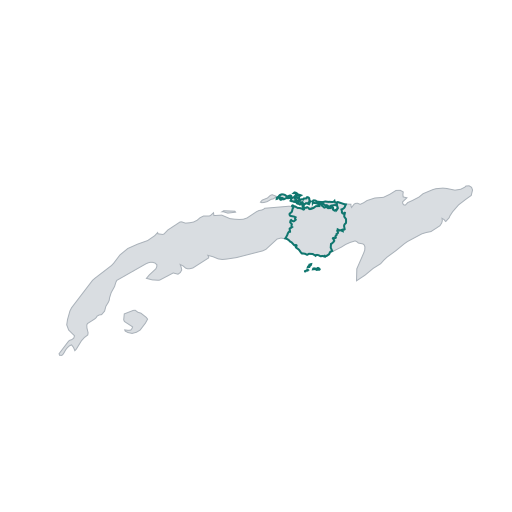 where Camagüey sits in Cuba, rotated 328°
{"feature_id": "CUB-1364", "entity_name": "Camagüey", "entity_type": "Province", "adm_level": 1, "iso_a3": "CUB", "parent_name": "Cuba", "parent_adm1": "", "projection": "orthographic", "projection_center": [-77.855, 21.478], "detail": "fine", "context": "in_parent", "style": "outline", "palette": "teal", "viewbox_px": 512, "rotation_deg": 328, "n_neighbors": 0, "source": "natural_earth", "source_scale": "10m", "svg_char_len": 9772}
<svg xmlns="http://www.w3.org/2000/svg" viewBox="0 0 512 512"><g transform="rotate(328 256 256)"><path d="M161.9,183.2L172.3,185.5L180.9,185.1L185.0,184.0L184.6,185.2L188.3,188.3L189.6,188.6L195.2,187.2L209.6,186.9L211.1,187.7L213.5,190.7L217.2,192.6L221.0,194.1L225.0,194.5L228.9,193.9L232.7,194.3L237.3,197.2L238.7,197.6L242.9,196.8L241.7,199.4L248.6,203.2L253.7,210.5L257.4,213.5L261.4,216.3L264.7,218.1L268.5,219.0L279.9,218.7L282.6,219.0L285.0,220.0L287.3,220.4L288.6,220.1L310.6,231.4L317.6,237.5L321.9,240.6L331.2,245.1L334.9,246.1L336.9,245.5L336.5,244.5L333.8,242.0L333.4,241.1L336.9,241.9L343.2,246.9L345.0,248.8L348.1,250.6L351.3,251.8L349.8,253.8L347.2,254.0L342.2,253.2L346.2,256.5L346.9,258.8L348.7,259.0L351.4,256.4L353.2,254.2L360.2,259.9L363.9,262.4L363.0,264.0L362.7,265.5L366.8,264.0L368.4,264.2L370.0,265.0L371.7,267.4L375.6,267.9L379.5,267.8L387.5,269.8L395.2,273.8L402.3,274.6L409.5,274.6L413.2,276.8L414.8,279.7L413.1,281.8L412.1,283.9L414.8,286.6L409.0,287.8L408.2,289.4L408.5,291.1L409.7,292.0L413.0,291.1L417.9,291.8L425.5,292.4L430.7,291.7L441.1,293.4L444.3,294.3L450.5,297.5L453.4,299.7L459.6,305.6L465.0,307.9L469.6,308.3L471.1,307.9L473.9,309.4L475.2,312.0L474.6,314.8L470.6,318.7L464.1,319.1L454.9,320.0L446.1,322.7L441.8,324.7L439.9,326.0L435.2,327.3L434.9,326.3L434.9,325.0L433.7,322.6L432.7,324.8L431.0,326.4L428.0,327.8L417.3,328.0L412.9,326.3L408.5,325.1L392.2,324.0L388.3,324.2L377.5,325.6L366.6,326.4L362.1,327.3L357.6,328.6L348.8,328.6L338.5,330.0L328.1,330.3L334.7,320.3L348.7,310.7L351.3,308.7L353.2,306.0L353.6,304.0L353.0,302.3L349.7,299.3L349.0,297.1L348.0,295.7L343.1,294.4L338.2,293.7L333.1,293.7L322.2,292.7L316.5,292.6L311.6,290.5L303.5,283.3L299.7,281.2L297.8,279.6L296.3,277.7L294.4,267.0L292.9,261.9L290.4,257.4L286.7,254.0L282.9,252.8L267.9,255.6L264.4,255.2L261.0,254.1L238.6,247.0L229.4,243.0L225.6,241.1L222.4,238.4L219.2,233.9L215.5,229.9L215.5,231.5L214.9,232.5L196.1,232.7L193.1,231.7L191.2,230.6L189.9,229.0L188.9,225.8L187.2,223.0L186.6,225.9L185.6,228.5L183.0,229.9L180.2,230.1L176.8,226.5L161.6,225.4L160.3,224.8L155.4,221.3L151.2,216.9L155.5,215.5L164.3,213.8L166.2,212.5L167.3,210.9L166.6,208.4L164.9,206.5L163.2,205.4L161.2,204.7L158.6,204.3L125.0,202.9L123.0,204.2L119.9,206.9L113.8,210.3L109.7,213.8L108.1,215.7L106.2,217.0L102.0,219.1L98.4,222.5L94.0,223.9L91.7,222.9L89.4,222.8L87.7,223.6L85.9,223.9L77.2,224.0L75.9,224.9L74.5,227.4L72.9,232.2L71.5,233.8L67.2,234.2L63.0,235.4L54.4,239.7L52.2,240.3L52.8,236.9L52.5,233.6L50.1,233.3L47.4,233.8L45.1,234.6L40.8,236.9L38.7,237.4L36.8,236.1L37.2,234.5L51.4,229.1L53.0,228.7L55.5,229.3L57.9,229.1L59.8,227.5L57.9,219.5L59.0,214.1L62.4,210.1L69.1,204.0L72.3,202.1L104.5,190.0L107.7,189.5L128.4,187.5L131.5,186.7L141.2,183.0L151.3,181.7L161.9,183.2ZM130.6,252.1L126.7,254.3L118.5,257.4L114.2,257.3L109.9,256.0L106.9,253.1L105.3,250.4L105.5,249.1L108.2,251.3L110.5,252.5L112.4,251.8L113.8,250.7L109.7,241.8L110.0,240.0L113.6,235.3L123.1,237.1L124.8,238.0L126.0,241.1L128.1,243.5L130.4,249.9L130.6,252.1ZM290.9,211.9L296.5,212.9L300.3,212.2L302.2,212.6L304.9,216.2L302.5,216.7L300.6,216.7L299.2,216.0L294.2,215.8L291.0,214.8L289.1,213.8L288.3,212.7L290.9,211.9ZM329.9,238.3L328.2,239.7L326.4,237.7L323.6,236.8L320.5,234.6L319.7,232.4L322.3,232.2L325.6,232.6L331.3,233.9L330.8,236.4L329.9,238.3ZM315.3,223.7L314.5,224.5L312.3,222.8L309.1,222.1L307.3,219.6L305.5,218.6L305.3,217.6L308.3,217.0L310.3,217.3L312.6,219.2L313.9,222.8L315.3,223.7ZM321.3,230.6L320.0,230.8L315.9,228.9L314.7,227.4L316.2,225.4L316.5,223.1L317.0,223.0L317.7,225.7L320.7,226.8L320.9,227.4L322.8,229.7L321.3,230.6ZM261.8,206.8L261.9,208.0L254.8,204.7L251.9,201.3L250.6,200.5L252.6,200.5L261.8,206.8Z" fill="#d9dde1" stroke="#a8b0b8" stroke-width="1"/><path d="M313.1,232.6L313.8,232.4L314.2,232.8L314.7,234.0L315.7,235.0L316.0,235.8L316.7,237.1L317.0,237.6L317.5,237.7L318.0,238.1L319.9,240.0L320.7,241.6L321.0,241.9L321.5,241.9L321.7,241.4L321.9,238.2L322.1,237.7L322.6,237.5L324.3,237.7L323.9,238.2L322.6,238.4L322.4,238.8L322.6,240.2L322.8,240.6L323.7,241.5L324.0,241.7L325.0,241.6L325.5,241.9L325.8,242.6L326.1,244.4L326.5,244.8L328.4,245.5L329.0,245.2L330.1,245.8L332.5,245.5L333.3,245.5L335.8,247.0L335.8,246.4L336.1,246.1L337.1,245.8L337.2,246.3L337.5,246.5L337.8,246.5L338.3,246.4L338.0,245.8L338.6,246.0L340.0,247.3L339.4,247.4L339.0,247.2L338.7,247.2L338.6,247.9L338.7,248.7L339.3,250.1L339.4,250.8L339.6,251.2L341.4,251.6L342.6,252.1L343.0,252.1L343.5,251.5L343.2,250.8L342.8,250.3L341.7,249.8L341.3,249.2L340.8,247.9L340.6,246.9L340.4,246.6L339.1,246.0L338.9,244.9L338.4,244.6L337.7,244.9L337.1,244.3L336.6,244.8L336.0,244.5L334.9,243.1L333.4,241.8L333.0,241.1L332.7,241.0L332.1,241.3L332.5,240.6L333.1,239.8L333.8,239.3L334.5,239.4L335.9,240.6L336.5,242.3L340.8,245.4L341.6,245.8L343.7,246.5L346.2,248.6L346.8,248.8L349.2,250.6L349.8,250.9L350.4,251.1L351.0,251.1L351.7,250.9L351.4,251.7L351.6,252.2L352.3,253.0L352.1,253.9L351.2,254.9L350.9,255.7L349.6,254.5L347.0,253.3L346.3,253.1L345.6,253.0L345.2,253.6L343.6,252.7L342.7,252.8L342.3,253.2L342.5,253.7L343.4,254.1L344.4,254.8L344.8,254.9L346.0,254.8L346.8,255.2L347.0,255.9L346.7,256.6L346.0,257.0L345.9,257.3L346.1,258.1L346.7,259.2L347.1,259.2L348.1,259.1L348.7,259.2L348.4,259.9L348.8,259.8L350.2,259.0L350.6,259.0L351.0,258.3L351.5,256.0L352.5,254.0L352.8,253.6L353.6,253.4L354.3,253.9L358.7,259.3L359.5,259.9L359.0,260.3L358.4,260.6L357.2,261.5L356.7,261.8L355.6,262.0L354.9,262.1L353.1,261.8L352.5,263.8L352.1,264.2L351.9,264.7L351.9,265.2L352.1,265.9L352.4,266.3L354.0,266.2L354.2,266.3L354.3,266.5L352.0,268.8L351.7,269.6L351.9,272.4L350.4,274.9L349.7,275.7L348.2,276.0L347.1,276.6L346.5,277.4L345.4,280.3L345.0,280.4L344.7,280.3L343.7,279.6L343.1,280.0L342.7,280.9L342.2,280.2L342.5,279.4L342.4,279.2L340.5,278.8L340.3,278.6L340.2,278.0L339.4,276.7L339.0,277.2L338.4,277.5L338.2,277.7L338.3,278.6L337.9,279.6L337.7,279.9L336.4,280.1L335.8,280.1L335.5,280.9L334.1,281.2L333.7,281.4L333.5,282.0L333.5,282.6L333.3,282.8L332.1,282.7L331.3,281.7L330.8,281.6L330.5,281.8L330.6,282.8L330.4,284.1L330.4,284.6L329.4,285.1L326.9,285.6L326.0,285.5L323.8,288.5L323.3,292.1L321.4,291.8L320.5,292.1L319.4,293.0L318.7,293.3L316.1,293.4L314.7,293.1L314.2,292.1L313.9,292.1L313.7,292.7L312.3,291.1L311.8,290.9L311.0,290.7L310.5,290.3L309.7,288.8L308.6,287.6L307.7,287.1L307.1,287.1L306.6,287.4L306.5,287.2L306.4,286.4L305.6,285.4L305.2,284.4L302.3,282.3L301.8,282.1L300.3,282.2L299.8,281.9L298.8,280.1L296.8,278.4L296.4,278.4L296.1,277.9L295.9,276.4L295.8,273.6L295.4,272.4L294.8,271.1L294.4,269.9L294.7,268.6L295.0,269.1L295.5,269.1L295.9,268.8L296.0,268.2L295.7,267.8L294.4,267.3L294.1,267.0L293.4,263.2L292.6,261.9L292.2,259.8L291.6,258.4L290.8,257.2L290.2,256.6L291.7,255.9L293.9,254.6L294.8,253.8L296.1,253.1L296.9,252.9L297.4,253.4L297.7,253.5L298.0,253.0L298.9,250.7L299.3,250.5L301.0,250.7L302.0,250.6L301.8,250.1L301.7,249.8L302.7,248.4L303.0,248.3L303.2,248.1L303.2,247.2L302.8,245.7L303.2,245.1L304.2,244.2L304.6,244.1L304.9,244.1L305.1,245.1L306.1,246.4L306.6,246.6L307.1,246.6L308.9,246.3L308.8,245.1L309.0,244.9L310.1,244.2L309.2,242.8L306.4,240.2L306.2,239.5L306.6,238.2L307.1,237.9L309.5,237.6L310.3,237.1L312.0,235.4L313.2,234.8L313.5,234.1L313.5,233.6L313.4,233.2L313.0,233.0L313.1,232.6ZM331.3,233.9L331.6,234.4L331.7,234.9L331.6,235.5L330.7,237.5L330.8,237.9L331.3,238.6L330.7,238.7L330.2,238.9L329.3,239.5L329.5,238.7L329.3,238.4L328.8,238.5L328.5,239.2L328.8,239.6L328.8,240.0L328.5,240.1L328.3,240.1L328.1,239.9L327.0,238.1L326.5,237.7L325.9,238.0L325.1,237.8L324.2,237.4L323.6,237.0L323.5,236.6L324.0,235.2L323.9,234.9L322.6,234.4L322.9,235.2L322.9,235.6L322.6,235.9L322.4,235.0L322.1,235.0L321.7,235.7L321.0,235.8L320.4,235.6L320.1,234.9L319.8,234.3L319.1,233.8L318.6,233.0L318.8,232.0L318.5,231.7L319.3,231.8L320.3,232.6L321.0,232.9L321.6,232.9L322.9,232.0L323.6,231.8L324.2,231.9L325.2,232.3L325.9,233.2L327.1,232.6L328.9,233.7L329.3,233.9L329.9,233.6L330.2,233.2L330.6,233.2L331.3,233.9ZM308.5,221.8L309.3,221.2L308.9,220.5L308.1,220.1L307.7,220.5L307.4,221.3L307.2,221.6L306.8,221.5L306.5,221.0L306.5,220.5L306.7,220.1L307.1,220.3L307.1,219.5L306.4,218.6L305.5,218.2L304.6,218.8L304.4,218.6L303.8,218.5L304.3,217.8L305.1,217.6L306.6,217.6L307.9,217.1L308.4,217.0L308.7,217.6L309.6,217.1L310.6,217.4L311.6,218.1L312.8,219.4L313.4,220.7L313.5,222.2L313.7,222.6L314.6,223.6L316.0,223.9L315.3,224.6L314.3,224.3L312.4,223.0L311.5,222.8L310.5,222.8L309.5,222.6L308.5,221.8ZM316.5,229.8L316.3,229.1L315.0,228.2L314.6,227.5L315.2,227.3L315.8,226.7L316.1,226.0L316.2,225.3L316.3,223.7L316.2,223.2L315.7,222.4L317.0,222.7L317.5,223.1L317.7,223.7L317.0,224.6L316.7,225.1L316.9,225.9L317.3,226.0L318.3,225.9L318.8,226.0L319.5,227.2L320.1,227.2L319.6,226.9L320.0,226.4L320.4,226.0L320.7,226.6L321.1,226.8L321.5,226.8L321.8,226.3L322.1,227.0L321.7,227.4L320.9,227.5L320.4,227.8L320.9,227.9L321.8,228.7L323.1,229.0L323.5,229.3L322.6,231.1L322.0,231.9L321.5,231.4L320.7,231.7L320.1,230.8L320.0,230.0L319.1,229.6L318.4,230.0L318.8,231.1L316.5,229.8ZM302.7,299.6L303.0,300.5L302.9,301.1L302.4,301.2L301.2,300.4L300.1,300.0L299.5,298.8L298.8,298.2L297.3,297.5L297.9,297.0L298.6,297.2L299.2,297.6L300.6,299.3L301.3,299.6L301.4,298.9L301.8,298.8L302.3,299.0L302.7,299.6ZM322.6,224.8L322.9,224.2L322.5,223.6L321.3,222.7L322.3,222.5L323.2,223.3L323.8,224.3L324.3,226.2L325.7,227.6L326.3,228.4L325.3,228.4L324.3,227.4L322.6,224.8ZM298.5,292.1L297.9,292.7L296.0,293.1L295.4,293.6L294.7,293.2L294.0,293.0L294.5,292.6L295.9,292.3L296.5,291.8L296.8,292.1L297.3,291.8L297.7,291.8L298.5,292.1ZM292.5,294.9L292.6,295.0L292.6,295.4L292.3,295.7L291.7,295.6L291.3,295.2L291.2,295.0L291.4,294.9L292.6,295.2L292.5,294.9ZM289.5,294.8L290.5,295.0L289.8,295.3L289.4,295.0L289.5,294.8Z" fill="none" stroke="#0f766e" stroke-width="2"/></g></svg>